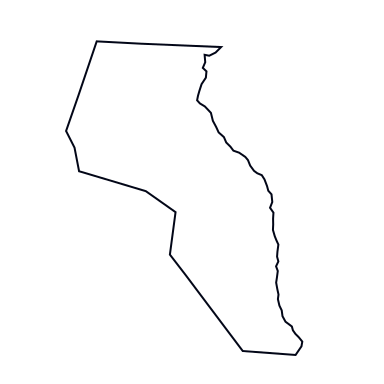 Hugo Napoleão, Piauí, Brazil, rotated 10°
{"feature_id": "56859067B35812474417973", "entity_name": "Hugo Napoleão", "entity_type": "district", "adm_level": 2, "iso_a3": "BRA", "parent_name": "Brazil", "parent_adm1": "Piauí", "projection": "orthographic", "projection_center": [-42.465, -6.043], "detail": "fine", "context": "isolated", "style": "outline", "palette": "ink", "viewbox_px": 384, "rotation_deg": 10, "n_neighbors": 0, "source": "geoboundaries", "source_scale": "gbopen_adm2", "svg_char_len": 1068}
<svg xmlns="http://www.w3.org/2000/svg" viewBox="0 0 384 384"><g transform="rotate(10 192 192)"><path d="M72.0,60.2L63.4,116.6L57.4,153.8L68.6,168.7L77.2,191.2L81.2,191.6L146.4,199.2L179.3,214.7L181.1,257.5L200.6,275.3L213.3,287.2L269.6,339.8L322.3,334.5L326.6,325.0L326.6,320.2L322.5,316.6L318.4,313.7L315.4,310.7L313.7,307.1L306.6,303.5L302.7,298.6L300.9,293.0L297.8,288.7L295.2,282.6L295.0,278.0L292.8,272.6L290.6,266.6L290.5,261.8L290.2,254.9L287.7,250.6L289.1,245.4L287.0,240.9L286.5,235.9L286.2,228.8L283.5,224.9L281.2,221.2L278.3,215.3L277.6,209.9L276.5,204.3L275.8,198.2L271.6,194.0L272.8,187.9L270.7,180.5L266.9,177.5L264.9,173.2L261.2,167.0L257.8,163.3L253.0,162.2L249.4,160.4L244.7,155.9L241.6,150.9L238.4,148.2L231.6,145.1L225.6,144.1L222.1,140.8L217.1,137.3L213.9,132.4L207.9,128.7L204.6,123.9L200.2,118.3L196.9,110.8L189.8,105.5L184.4,103.4L181.1,100.8L181.2,96.1L181.7,91.3L182.7,84.1L185.8,77.0L185.3,70.7L181.1,67.9L182.5,61.9L180.6,54.7L185.3,54.8L191.0,50.6L195.5,44.2L116.1,54.8L72.0,60.2Z" fill="none" stroke="#020617" stroke-width="2"/></g></svg>